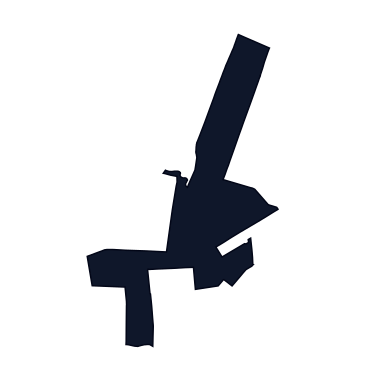 outline of Barbulesti, Ialomita, Romania, rotated 336°
{"feature_id": "2599482B7724523502847", "entity_name": "Barbulesti", "entity_type": "district", "adm_level": 2, "iso_a3": "ROU", "parent_name": "Romania", "parent_adm1": "Ialomita", "projection": "mercator", "projection_center": [26.592, 44.736], "detail": "fine", "context": "isolated", "style": "filled", "palette": "ink", "viewbox_px": 384, "rotation_deg": 336, "n_neighbors": 0, "source": "geoboundaries", "source_scale": "gbopen_adm2", "svg_char_len": 3060}
<svg xmlns="http://www.w3.org/2000/svg" viewBox="0 0 384 384"><g transform="rotate(336 192 192)"><path d="M148.1,255.7L154.8,258.2L162.7,261.4L155.5,282.3L177.7,288.4L184.4,285.2L185.0,284.9L185.5,285.0L190.4,294.1L200.2,289.4L205.3,286.9L209.6,284.9L210.1,284.8L214.2,284.3L216.4,284.1L216.8,283.9L218.4,283.2L218.1,283.0L218.2,282.6L220.7,276.3L223.1,269.4L225.1,263.2L226.8,258.0L224.0,258.3L223.2,261.1L220.2,261.4L219.0,260.6L193.0,263.6L191.4,251.9L192.0,251.9L197.0,251.3L200.9,250.8L207.4,249.8L209.5,249.5L211.8,249.2L216.5,248.6L220.2,248.1L222.6,247.9L223.8,247.7L243.0,245.5L253.5,244.1L258.5,243.4L263.5,242.8L263.5,242.0L263.1,240.4L259.9,237.6L257.4,235.5L256.4,234.4L250.5,215.2L249.8,214.2L248.6,212.9L247.1,211.8L225.4,193.3L227.0,191.7L229.4,189.3L232.1,186.4L234.1,184.3L235.8,182.7L239.4,178.8L247.1,170.7L258.5,158.6L263.5,153.4L266.6,150.1L272.0,144.5L280.8,135.4L289.8,126.0L293.0,122.6L297.4,118.0L299.8,115.4L301.3,114.0L301.7,113.5L301.6,113.4L306.8,107.7L310.9,102.8L315.7,97.7L318.5,94.7L320.8,92.4L321.3,92.0L303.3,72.4L298.4,67.0L297.9,67.4L297.5,67.9L294.8,70.6L293.2,72.4L292.0,73.6L291.2,74.5L290.7,74.9L290.3,75.4L289.9,75.8L289.2,76.6L288.6,77.2L288.3,77.5L287.7,78.0L287.2,78.6L286.9,78.7L283.7,81.7L280.4,84.7L279.3,85.7L278.2,86.8L274.5,90.1L271.7,93.0L268.8,95.8L267.0,97.7L263.3,101.4L261.6,103.2L261.0,103.8L259.7,105.1L254.6,110.2L252.3,112.6L250.0,115.1L242.2,123.1L232.2,133.4L222.1,143.5L217.2,148.3L216.9,148.5L216.4,149.0L216.1,149.5L215.7,150.0L215.4,150.4L215.1,150.9L214.7,151.7L214.2,152.4L213.5,153.8L212.7,155.4L211.9,156.8L211.7,157.4L211.5,157.9L211.3,159.4L210.8,161.2L210.4,162.6L205.9,169.7L203.6,173.2L191.4,184.2L189.8,185.9L189.4,185.2L189.0,184.4L188.9,183.8L189.1,182.7L189.5,181.8L189.9,181.5L190.4,181.1L191.2,180.5L191.8,179.9L192.5,179.5L192.7,179.2L192.7,178.7L192.7,178.1L192.5,177.6L192.3,177.1L192.0,176.8L191.3,176.2L190.6,176.0L189.6,175.6L189.1,175.1L188.4,174.4L188.0,173.8L187.8,172.8L187.8,171.7L189.1,170.1L189.1,169.9L189.2,169.5L188.9,168.9L188.7,168.4L188.4,168.0L188.0,167.6L187.2,167.1L185.9,166.5L184.5,165.9L182.4,165.3L181.2,164.8L179.4,163.9L177.9,162.6L177.2,162.0L176.6,161.3L173.4,163.2L174.7,164.1L179.3,167.9L184.6,171.6L182.4,176.9L179.9,180.3L166.9,200.1L144.3,236.4L126.1,227.2L107.8,218.3L98.3,213.4L95.9,212.2L91.0,210.0L88.5,209.3L85.1,209.2L84.4,209.1L70.1,208.2L62.7,237.0L92.2,251.6L87.7,265.1L86.4,268.3L85.9,269.2L78.9,284.5L71.1,301.7L69.7,304.5L70.1,304.7L71.0,305.2L71.7,305.6L72.4,306.1L73.6,307.0L74.8,307.9L76.0,308.8L77.3,309.7L78.5,310.3L79.7,311.0L81.5,311.2L83.4,311.5L84.9,311.8L86.4,312.1L87.7,312.6L89.0,313.0L91.3,314.1L93.4,317.0L97.8,307.7L101.8,299.3L102.3,298.1L104.5,291.8L108.1,281.7L108.9,279.4L112.6,268.2L112.3,267.7L116.7,254.4L119.5,245.9L119.8,245.2L120.0,244.9L120.3,244.7L120.5,244.6L120.9,245.0L121.5,245.3L122.4,245.7L123.8,246.2L124.7,246.6L126.1,247.1L127.4,247.6L129.5,248.4L130.5,248.8L133.5,250.0L140.4,252.7L142.1,253.4L146.5,255.1L147.3,255.4L148.1,255.7Z" fill="#0f172a" stroke="#020617" stroke-width="1.5"/></g></svg>